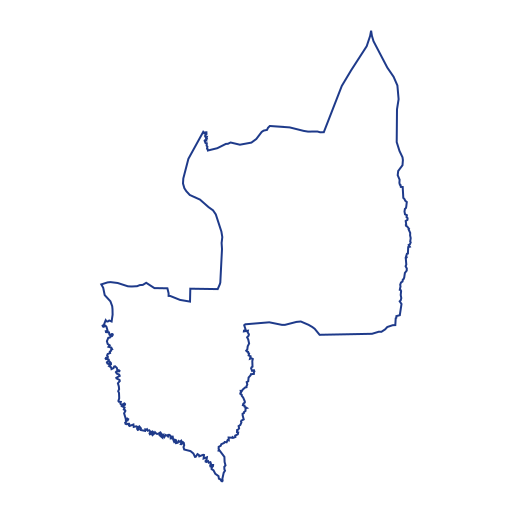 Sida, Nakhon Ratchasima, Thailand
{"feature_id": "78962969B50986245619578", "entity_name": "Sida", "entity_type": "district", "adm_level": 2, "iso_a3": "THA", "parent_name": "Thailand", "parent_adm1": "Nakhon Ratchasima", "projection": "robinson", "projection_center": [102.538, 15.566], "detail": "fine", "context": "isolated", "style": "outline", "palette": "blue", "viewbox_px": 512, "rotation_deg": 0, "n_neighbors": 0, "source": "geoboundaries", "source_scale": "gbopen_adm2", "svg_char_len": 6116}
<svg xmlns="http://www.w3.org/2000/svg" viewBox="0 0 512 512"><path d="M188.4,158.8L183.3,178.5L183.0,183.5L184.4,188.3L186.3,191.2L189.8,195.0L200.0,199.6L208.5,207.1L213.0,210.3L215.8,214.4L221.4,231.6L222.3,237.1L221.6,243.0L222.0,249.0L220.3,282.5L219.8,284.3L217.7,289.1L190.3,288.7L190.0,301.6L180.0,299.9L170.3,296.0L168.6,295.9L168.6,293.3L167.4,288.3L154.4,288.1L146.2,282.8L142.8,284.9L139.8,285.1L137.1,286.2L131.5,286.5L127.9,286.3L117.7,283.0L110.5,282.1L107.6,282.4L101.3,284.4L103.2,287.8L104.7,295.1L110.4,301.3L112.2,306.2L112.5,309.2L112.6,314.7L111.6,321.5L109.2,320.5L107.8,321.5L106.5,321.3L105.7,320.2L103.9,324.8L102.6,325.7L102.9,326.5L103.7,326.8L105.5,325.7L106.5,326.9L107.6,330.8L105.8,331.2L106.0,332.1L109.0,332.4L109.4,334.6L110.0,335.2L111.9,334.0L112.5,334.1L112.8,334.8L112.0,336.1L110.5,336.6L109.8,337.6L108.3,337.8L106.9,341.2L107.7,344.0L109.7,345.3L108.5,346.8L111.3,347.6L112.1,349.2L111.2,349.4L111.1,350.7L109.8,351.7L110.1,353.0L107.7,354.0L107.1,355.4L107.9,356.9L107.7,357.5L106.0,357.8L105.6,358.6L106.0,359.1L107.4,359.0L108.7,359.6L108.3,361.0L106.9,362.3L107.4,363.5L109.0,364.2L109.9,361.9L110.9,363.0L111.0,364.3L109.1,366.1L111.1,367.3L111.5,369.1L113.5,368.1L114.2,366.5L115.1,366.3L116.8,367.9L117.5,370.4L118.8,370.2L119.5,370.8L119.3,371.3L116.5,371.4L115.9,372.1L116.8,373.6L119.2,374.6L119.7,375.9L116.3,377.8L116.5,378.4L119.5,379.9L119.8,381.0L117.9,383.3L118.8,386.3L119.1,389.2L118.2,391.2L119.0,392.9L119.2,398.3L118.4,401.0L118.8,401.7L120.8,401.9L120.4,403.7L121.5,405.0L124.4,403.4L125.1,404.1L125.0,404.7L122.3,406.4L124.6,407.5L123.8,409.5L125.1,410.2L125.4,410.9L124.1,413.3L125.7,418.7L126.1,419.1L127.2,418.5L128.2,419.2L127.6,420.4L125.9,420.5L126.2,421.9L125.2,422.6L125.5,423.8L126.3,424.2L129.0,423.7L129.3,424.3L128.9,425.4L129.5,426.0L133.4,424.5L133.7,426.9L136.3,426.3L137.3,426.8L137.1,428.8L137.8,429.9L138.3,429.7L138.5,427.3L139.3,426.4L140.9,428.3L140.3,429.3L140.7,430.0L145.1,430.9L145.3,429.4L146.2,429.8L147.0,429.2L147.7,430.7L149.3,430.3L150.6,432.1L149.5,433.3L149.9,434.3L151.2,433.8L151.4,432.0L152.1,431.6L152.6,433.0L152.0,434.2L152.5,435.1L153.8,433.9L153.1,432.9L153.3,432.2L154.4,433.2L155.0,432.2L156.5,433.8L158.0,433.9L160.4,432.4L161.1,433.4L160.1,433.8L159.8,434.9L162.3,434.7L160.7,436.2L162.5,437.7L162.7,436.2L163.3,435.4L164.4,437.0L165.4,435.0L166.2,435.5L167.0,435.2L168.0,436.4L168.6,434.9L169.5,434.9L170.3,435.7L170.6,437.8L171.6,436.6L172.7,436.6L172.9,437.8L172.0,438.5L173.7,439.4L173.5,440.4L174.0,441.5L175.1,439.8L176.0,440.2L176.3,442.0L175.5,442.6L175.9,443.2L177.8,442.7L178.6,441.0L179.8,441.8L181.2,440.7L181.7,442.1L180.8,444.1L181.6,444.2L183.0,442.2L183.8,442.9L184.2,445.3L183.5,447.1L184.2,449.5L190.5,451.1L193.4,453.5L195.0,456.9L195.7,456.8L197.5,454.1L198.9,455.0L199.3,456.3L203.2,454.8L204.0,455.0L203.6,458.5L206.9,457.3L206.6,459.7L205.6,460.9L205.6,461.6L206.4,462.0L208.1,461.1L208.8,462.7L210.4,462.2L210.9,463.5L210.2,465.4L210.4,466.4L211.6,466.5L212.4,465.0L213.1,465.0L213.0,466.1L211.6,467.8L211.6,469.1L213.5,470.3L215.3,473.8L218.5,476.1L218.9,478.7L220.3,479.3L221.5,481.1L222.1,481.3L222.6,480.8L222.4,478.6L223.7,472.7L225.0,470.7L224.4,469.3L224.3,466.8L225.5,465.4L224.6,462.0L224.4,456.9L219.9,450.9L218.6,450.6L219.1,449.5L218.6,448.9L218.7,446.8L220.7,445.8L221.3,444.2L224.0,443.0L224.7,442.0L226.6,442.3L227.6,440.1L228.8,440.4L228.6,437.5L231.7,437.7L232.4,437.2L232.6,437.9L233.1,437.9L235.4,437.0L235.2,435.6L237.8,434.3L238.2,432.4L237.0,432.1L237.1,430.0L238.1,429.7L239.1,428.3L238.6,426.1L240.3,425.0L241.4,422.5L241.0,421.6L241.4,420.6L243.7,419.4L242.6,415.2L242.6,413.7L243.9,413.1L244.0,412.1L245.5,410.9L245.5,408.4L246.8,408.0L244.5,406.6L244.5,405.6L242.9,405.2L243.3,403.7L244.8,402.5L244.8,401.4L243.2,397.6L241.7,395.7L241.7,394.7L240.3,393.8L240.3,393.2L241.1,392.4L240.7,390.9L242.0,390.9L242.6,389.7L245.1,387.5L246.5,387.2L246.5,386.2L247.3,384.5L246.7,382.1L248.2,381.3L248.6,377.5L250.6,375.3L250.9,374.2L253.9,373.9L253.9,372.2L254.4,371.4L253.9,370.2L252.1,370.9L251.1,368.3L251.6,367.2L252.5,366.7L252.3,361.0L252.8,359.0L251.5,358.3L250.0,358.8L250.6,356.3L248.6,355.4L249.1,353.5L248.2,352.9L248.1,351.8L246.9,351.5L246.2,350.7L247.3,349.4L247.7,346.3L249.1,343.5L248.2,339.4L247.1,337.3L248.6,335.7L248.9,334.3L247.6,332.2L247.9,330.7L243.9,331.4L244.0,330.6L245.7,329.9L244.2,325.2L245.3,324.3L269.3,322.3L282.1,324.9L284.8,324.9L296.5,321.9L300.8,321.5L308.5,324.8L312.3,327.0L314.7,328.8L319.6,334.8L372.0,333.8L378.9,331.7L381.4,331.8L385.1,329.4L387.3,327.0L392.7,325.2L395.3,325.1L395.7,318.3L396.3,317.8L396.4,316.1L399.8,315.2L401.5,304.0L399.7,301.3L400.7,300.3L401.3,298.1L400.7,295.0L401.1,291.1L400.7,290.1L399.8,289.8L400.5,286.4L400.2,284.7L401.0,282.5L402.5,281.5L402.8,279.6L403.5,279.2L404.2,277.6L404.9,272.9L406.7,270.6L406.8,268.5L405.6,266.2L406.3,264.6L405.8,258.5L406.5,257.5L405.8,257.4L406.9,253.8L407.9,253.5L408.2,247.1L409.8,246.7L408.7,245.0L410.0,244.1L410.7,242.3L410.2,241.5L410.7,238.1L410.1,235.4L410.2,232.9L408.6,229.4L409.0,228.8L407.1,226.4L406.2,226.0L405.8,225.0L406.2,224.4L405.7,221.0L407.4,219.9L407.6,218.7L407.5,218.0L406.5,217.1L406.9,215.2L405.0,214.3L404.5,211.5L404.9,208.9L405.8,208.2L406.2,207.0L406.8,202.0L405.2,200.7L404.5,199.1L403.3,197.9L402.7,187.0L400.8,186.9L400.5,185.0L399.9,184.8L399.4,182.9L399.6,179.7L397.7,175.2L398.2,171.0L402.5,165.2L402.9,160.1L402.5,157.3L399.5,151.0L396.7,142.1L397.0,109.3L398.6,99.2L397.4,85.5L393.6,76.8L387.3,67.6L373.5,41.2L371.9,35.8L371.1,30.7L370.1,36.0L366.7,46.2L351.2,70.2L341.8,85.9L323.8,132.2L320.2,132.3L317.4,131.5L308.0,131.6L303.7,130.9L289.7,127.4L269.8,126.0L268.0,127.8L267.0,129.9L263.7,130.6L261.7,131.9L256.3,139.0L251.4,142.6L239.9,144.7L230.6,142.5L227.9,143.8L225.9,143.9L217.3,148.2L207.9,150.5L207.7,149.2L207.0,148.7L207.4,146.6L206.6,145.7L206.8,143.3L205.5,143.0L204.6,140.7L204.9,140.3L206.3,140.5L206.1,139.1L206.9,138.7L206.5,138.0L206.8,137.1L205.8,137.4L205.0,136.0L206.5,134.1L206.4,132.3L205.3,132.4L205.4,133.3L204.4,133.5L203.2,131.9L188.4,158.8Z" fill="none" stroke="#1e3a8a" stroke-width="2"/></svg>